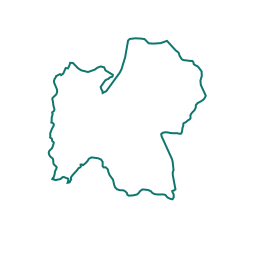 the border of Mbeya, rotated 69°
{"feature_id": "TZA-3335", "entity_name": "Mbeya", "entity_type": "Region", "adm_level": 1, "iso_a3": "TZA", "parent_name": "United Republic of Tanzania", "parent_adm1": "", "projection": "natural_earth1", "projection_center": [33.421, -8.292], "detail": "fine", "context": "isolated", "style": "outline", "palette": "teal", "viewbox_px": 256, "rotation_deg": 69, "n_neighbors": 0, "source": "natural_earth", "source_scale": "10m", "svg_char_len": 2900}
<svg xmlns="http://www.w3.org/2000/svg" viewBox="0 0 256 256"><g transform="rotate(69 128 128)"><path d="M157.5,204.0L155.9,202.7L154.0,202.0L153.1,202.9L152.5,203.7L151.2,204.9L150.4,206.5L151.4,209.3L151.3,210.4L150.9,212.3L150.9,213.4L150.7,214.2L150.3,214.8L149.5,215.4L149.5,215.9L148.6,217.0L148.0,216.5L147.4,215.2L146.1,214.0L144.6,212.9L143.3,212.3L141.9,211.3L140.6,209.7L139.1,208.6L137.4,209.2L135.9,210.1L134.6,210.3L133.1,210.0L131.5,209.4L129.7,209.2L128.4,209.8L127.1,210.7L125.4,211.1L123.2,211.0L122.2,210.6L121.4,209.9L120.7,208.7L119.8,206.4L118.8,205.4L115.8,202.9L114.8,202.5L114.3,202.6L113.5,203.2L113.0,203.4L112.4,203.3L111.3,203.0L110.5,203.0L110.2,203.2L109.4,203.9L108.9,204.1L108.7,203.9L107.2,203.2L105.7,202.8L105.2,202.6L101.9,199.7L99.2,196.6L98.3,196.0L97.3,196.0L96.2,196.6L95.4,197.6L94.6,197.0L90.6,195.3L88.1,193.4L87.7,193.3L86.7,193.4L86.4,193.2L86.0,192.8L85.9,191.8L85.7,191.3L84.9,190.4L84.3,190.0L80.4,189.6L75.8,188.5L73.8,188.3L73.0,187.7L72.3,186.3L71.2,183.5L70.6,182.6L68.7,181.1L66.5,180.5L59.5,180.7L58.4,180.5L57.3,180.1L56.2,179.2L54.3,176.8L53.8,176.5L53.8,176.1L53.3,172.4L53.8,171.7L54.7,171.5L54.0,169.0L51.9,166.8L50.7,165.8L49.7,164.6L50.8,162.8L48.9,160.5L46.4,158.6L47.6,156.1L54.2,153.3L57.3,151.1L61.4,145.3L61.6,138.2L60.7,134.8L60.8,131.3L62.8,128.5L66.1,128.4L72.9,123.1L74.3,123.9L74.5,125.1L74.3,127.0L75.1,128.5L75.1,130.4L75.4,132.2L79.9,138.8L82.1,139.0L84.2,138.6L86.2,139.1L85.8,135.0L73.4,115.9L70.8,113.0L60.9,105.3L46.4,96.6L45.5,94.4L46.9,89.0L49.1,84.0L50.9,80.7L56.4,78.3L58.4,73.8L60.5,67.0L60.6,60.4L72.8,55.6L75.6,53.8L79.3,53.9L83.0,53.2L84.4,52.0L87.8,45.6L88.4,44.0L89.8,43.4L92.1,43.7L94.0,42.3L95.2,41.0L96.9,40.3L101.6,39.0L105.9,40.5L109.7,43.4L114.0,44.6L125.7,43.8L127.3,45.4L128.6,47.4L129.3,50.7L129.7,54.1L131.0,56.5L133.3,57.5L135.2,59.6L136.5,62.4L137.3,63.8L138.4,65.1L141.4,66.2L142.1,67.6L142.3,69.3L143.3,71.9L143.5,74.5L144.3,75.1L145.4,75.4L147.6,77.2L150.1,78.5L151.5,79.5L152.3,80.7L151.6,82.4L150.5,83.9L149.0,87.9L147.8,90.3L146.3,92.6L145.3,94.9L144.9,97.4L145.6,99.2L147.7,99.6L172.7,98.1L175.5,98.4L183.4,100.5L185.4,102.1L187.7,103.0L202.3,105.7L202.8,107.6L202.6,109.2L204.0,109.5L206.6,109.2L209.1,110.2L210.5,112.0L209.2,114.0L206.9,116.1L203.9,117.1L202.6,119.0L200.7,124.1L199.3,126.8L197.4,128.5L195.1,129.4L193.1,131.5L191.6,134.2L190.5,136.8L191.3,139.4L192.5,141.3L193.3,143.4L192.7,147.5L191.4,151.6L190.1,152.5L188.4,152.3L186.4,153.1L184.6,154.5L183.2,157.8L181.4,160.1L178.9,161.3L176.1,161.3L170.9,160.5L165.6,162.0L162.5,162.1L159.3,161.7L156.6,163.0L156.1,164.8L154.6,165.4L150.6,163.8L147.7,164.5L145.5,166.8L142.4,172.5L142.7,175.5L144.5,177.9L145.7,180.5L146.6,183.4L145.5,184.1L145.2,185.4L147.0,185.8L147.6,186.6L147.8,188.6L149.0,190.4L151.9,196.2L153.5,198.8L154.5,199.3L155.6,199.5L157.8,202.0L157.5,204.0Z" fill="none" stroke="#0f766e" stroke-width="2"/></g></svg>